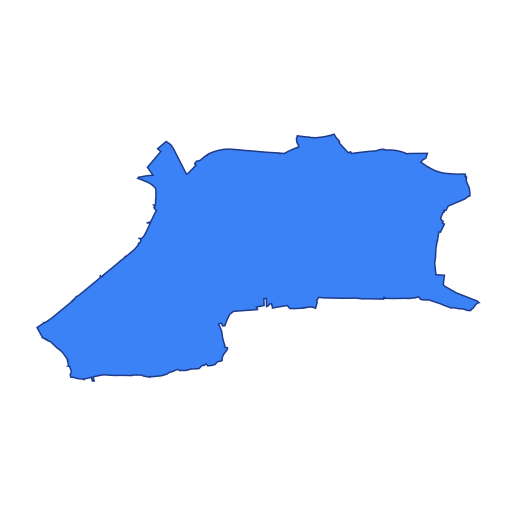 Tilburg, Noord-Brabant, Netherlands (Equal Earth projection), rotated 178°
{"feature_id": "6326949B99100278363504", "entity_name": "Tilburg", "entity_type": "district", "adm_level": 2, "iso_a3": "NLD", "parent_name": "Netherlands", "parent_adm1": "Noord-Brabant", "projection": "equal_earth", "projection_center": [5.085, 51.586], "detail": "fine", "context": "isolated", "style": "filled", "palette": "blue", "viewbox_px": 512, "rotation_deg": 178, "n_neighbors": 0, "source": "geoboundaries", "source_scale": "gbopen_adm2", "svg_char_len": 5878}
<svg xmlns="http://www.w3.org/2000/svg" viewBox="0 0 512 512"><g transform="rotate(178 256 256)"><path d="M34.7,201.6L35.8,202.4L36.0,203.0L36.4,203.2L52.7,210.3L57.2,212.2L68.1,219.0L68.6,219.4L69.9,220.9L68.3,230.2L76.8,231.0L77.7,242.4L76.6,248.9L76.0,256.8L74.5,264.4L74.2,264.4L72.4,273.7L70.7,273.4L70.6,273.9L66.6,281.3L68.7,282.4L67.7,284.1L70.3,286.3L68.3,291.8L66.5,293.6L66.2,293.7L66.8,294.8L66.8,295.0L64.5,295.1L62.2,299.2L45.5,305.6L41.1,308.5L40.2,308.4L40.0,310.9L40.5,316.7L42.1,320.4L43.2,323.9L43.3,324.4L43.1,325.4L42.9,327.2L43.5,327.2L43.3,328.3L44.3,328.4L44.0,330.5L46.9,330.7L50.0,330.8L52.2,330.7L53.4,330.8L63.7,332.0L66.7,332.6L68.9,333.2L72.5,334.5L75.1,335.6L78.0,337.2L81.3,339.3L81.8,339.3L83.1,340.3L83.1,340.5L88.0,344.0L85.6,346.6L84.4,347.0L83.2,347.8L82.7,348.3L82.1,349.9L81.1,352.6L99.2,353.1L101.6,352.9L103.3,353.7L106.7,355.0L109.0,355.7L111.4,356.3L113.8,356.8L117.4,357.2L122.6,357.4L125.1,358.3L128.6,358.0L132.3,356.9L138.1,356.7L148.9,355.9L157.1,355.1L157.8,356.8L160.0,356.1L160.4,356.2L168.6,365.7L168.6,365.8L168.6,366.7L169.0,367.0L168.7,367.3L168.7,367.8L169.3,368.7L171.1,370.6L172.2,372.1L172.5,372.8L173.5,374.6L173.8,375.3L173.8,375.1L175.7,374.5L176.3,374.1L177.1,373.7L177.3,373.9L178.2,373.7L178.2,373.9L181.8,373.1L185.4,372.6L192.3,372.1L194.5,372.2L194.5,372.3L196.0,372.5L196.6,372.3L197.6,372.6L198.0,372.8L200.1,373.2L200.3,373.0L210.5,374.7L210.8,373.5L211.3,372.6L211.5,371.3L211.3,369.1L211.1,368.0L210.0,365.9L209.5,363.4L213.3,362.2L216.7,360.9L220.9,359.1L224.1,357.5L227.1,357.8L228.0,357.8L228.1,357.6L228.8,357.6L228.6,358.0L229.7,358.2L239.8,359.1L246.7,359.9L256.3,361.1L256.6,361.2L258.8,361.4L263.4,361.8L264.0,362.0L277.5,363.7L282.0,363.8L285.0,363.6L289.2,363.0L293.4,362.0L295.7,361.3L299.5,359.9L301.3,358.8L300.9,358.6L301.5,358.2L301.8,358.4L304.2,356.9L308.1,353.8L309.0,353.4L310.3,353.0L312.0,352.9L313.8,351.0L314.0,350.5L314.0,350.1L313.8,349.8L312.9,348.6L314.4,347.3L321.1,340.8L322.6,340.3L324.0,343.1L335.0,366.6L336.5,368.7L336.4,369.1L336.5,369.2L337.6,370.4L341.8,373.6L350.6,366.6L347.5,363.7L361.4,348.5L356.1,340.3L360.9,340.1L364.7,339.7L368.9,338.9L369.0,339.0L370.0,338.8L370.3,339.0L371.5,337.8L362.1,333.7L360.2,332.6L358.6,331.6L356.8,330.2L355.2,328.6L354.2,327.2L353.8,326.4L353.7,325.6L353.8,323.9L353.9,319.3L354.8,310.9L355.0,310.4L355.9,310.2L356.5,310.4L356.3,310.0L355.8,309.9L355.2,309.5L355.5,308.5L356.5,307.8L356.9,307.7L355.7,307.6L355.5,306.6L355.2,306.0L354.8,305.6L353.8,304.9L355.2,302.8L355.7,302.3L355.8,301.8L359.5,294.9L360.0,294.2L360.6,293.8L360.8,293.4L363.5,293.1L363.4,292.8L360.5,292.7L364.6,284.5L366.6,280.9L367.6,279.5L367.9,279.4L369.4,277.6L369.8,277.5L370.4,277.4L371.8,277.7L373.0,277.7L371.3,277.4L370.9,277.3L370.4,275.4L371.4,273.6L373.1,272.6L372.8,272.1L373.0,271.6L374.0,270.4L376.4,267.6L378.5,265.8L385.7,260.2L386.4,260.3L386.5,260.2L385.9,260.1L391.7,255.7L391.7,255.8L392.4,255.3L392.3,255.2L409.6,242.0L409.3,241.8L411.2,240.3L412.3,241.8L412.4,241.7L412.2,240.5L412.6,239.8L414.6,238.1L434.9,222.5L436.9,221.8L437.2,221.6L438.1,220.3L440.9,217.9L440.4,217.9L440.6,217.7L441.0,217.3L441.4,217.1L463.1,200.5L469.6,196.5L469.9,196.6L470.4,197.0L470.6,196.8L470.5,196.6L470.6,196.4L471.0,196.0L477.3,192.2L476.9,191.3L472.4,182.4L472.5,182.1L472.5,181.9L468.5,179.9L468.8,179.8L467.2,178.9L467.4,178.9L463.9,177.2L461.5,174.6L460.3,173.4L459.9,173.1L458.1,171.1L455.0,168.7L452.3,165.8L448.6,160.3L448.3,159.2L448.2,159.1L448.3,159.1L447.7,156.0L447.4,154.9L447.5,154.5L447.1,153.2L447.3,152.6L447.6,152.5L446.1,152.1L444.5,146.9L444.6,146.4L444.7,146.0L445.6,144.6L445.7,144.2L445.8,143.3L445.4,141.4L442.1,141.0L440.0,140.1L436.9,139.4L433.2,139.2L432.8,138.6L432.5,138.4L432.3,138.8L431.1,139.2L424.9,140.5L423.8,136.7L422.0,136.8L422.9,139.7L422.9,140.1L422.7,140.2L422.9,140.9L416.3,142.1L412.2,142.6L402.4,141.6L392.0,141.3L385.8,140.9L383.7,140.9L383.5,141.0L383.3,141.3L376.9,141.1L374.6,141.0L372.8,140.0L368.6,139.1L366.4,138.7L366.5,139.2L364.8,139.0L362.3,139.1L354.9,139.6L352.9,140.0L349.5,141.0L348.8,141.3L347.6,142.1L346.2,142.8L343.4,143.4L338.7,145.4L338.1,145.3L336.6,144.3L336.1,144.2L330.3,144.1L329.1,144.2L325.0,145.3L322.0,145.4L320.9,145.3L317.5,145.4L316.5,145.8L314.3,148.0L312.1,148.9L311.7,148.4L310.2,149.6L309.7,150.1L308.0,147.9L303.7,148.2L300.7,149.0L299.7,150.2L298.3,151.4L297.1,152.1L295.7,151.9L293.5,152.7L293.2,156.0L291.7,158.9L288.9,162.3L288.1,163.6L287.8,164.0L287.7,164.7L287.7,165.3L290.6,166.1L290.3,168.0L291.2,170.7L292.4,176.5L292.9,181.9L294.3,186.0L295.9,189.3L293.1,190.1L292.5,189.0L291.8,187.3L289.5,187.4L288.3,190.7L286.9,193.6L286.3,195.3L286.1,195.3L284.2,198.8L283.5,199.3L282.6,199.8L281.7,200.6L280.4,201.4L274.9,201.7L256.3,202.4L256.3,202.8L257.5,205.0L253.4,205.6L249.6,206.3L249.7,213.0L247.2,213.2L247.2,205.1L245.8,205.6L245.4,206.0L243.8,207.6L242.1,207.8L242.0,206.6L241.8,206.1L241.6,206.1L241.4,203.4L235.6,204.3L226.5,205.4L224.2,202.5L223.7,202.3L218.8,202.1L209.8,202.3L209.8,202.8L207.8,202.6L204.9,203.2L203.7,203.1L201.4,202.9L198.3,201.7L197.0,205.7L196.5,207.2L196.6,209.4L196.7,209.7L196.8,209.7L195.8,211.1L195.7,211.1L195.6,211.4L194.8,212.5L189.8,211.8L175.1,211.0L171.6,210.7L169.5,210.8L163.3,210.5L158.6,210.5L154.5,210.0L151.6,209.5L145.1,209.3L130.1,208.5L130.1,209.3L129.6,210.2L128.8,210.0L129.2,209.2L128.3,209.1L125.0,209.0L120.4,208.7L107.2,208.5L106.6,208.3L103.5,208.2L103.3,208.5L99.5,208.5L98.2,208.7L96.5,209.1L94.8,209.6L93.7,207.7L92.8,206.9L89.9,206.2L86.5,206.3L86.5,206.1L85.2,206.1L84.4,205.9L73.5,201.9L69.5,200.0L63.1,197.4L62.7,197.2L61.6,197.2L60.5,197.4L59.6,197.4L57.9,196.8L56.5,196.6L54.3,196.1L51.6,196.0L49.1,195.3L48.7,195.0L45.9,194.1L43.3,194.0L43.0,194.7L43.1,194.9L41.7,195.6L40.8,196.4L39.7,197.7L38.1,199.8L36.6,201.0L35.5,201.4L34.7,201.6Z" fill="#3b82f6" stroke="#1e3a8a" stroke-width="1.5"/></g></svg>